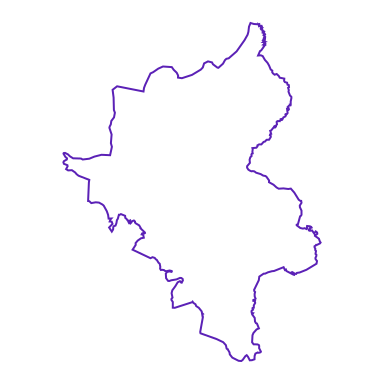 South Tongu, Volta, Ghana
{"feature_id": "2480657B92948775681515", "entity_name": "South Tongu", "entity_type": "district", "adm_level": 2, "iso_a3": "GHA", "parent_name": "Ghana", "parent_adm1": "Volta", "projection": "orthographic", "projection_center": [0.674, 5.965], "detail": "fine", "context": "isolated", "style": "outline", "palette": "violet", "viewbox_px": 384, "rotation_deg": 0, "n_neighbors": 0, "source": "geoboundaries", "source_scale": "gbopen_adm2", "svg_char_len": 5979}
<svg xmlns="http://www.w3.org/2000/svg" viewBox="0 0 384 384"><path d="M232.3,357.6L238.6,360.8L241.3,361.0L242.7,359.9L245.4,356.1L246.7,355.2L248.0,356.8L249.8,360.3L251.9,360.2L254.5,359.3L254.6,356.0L255.4,353.6L257.6,352.5L258.0,352.8L259.7,352.6L260.6,352.2L260.9,351.6L259.1,348.1L259.2,346.0L258.8,345.0L257.5,344.4L253.6,344.3L252.1,342.3L252.5,335.2L253.5,332.9L256.6,329.4L258.9,328.4L257.0,323.6L255.9,323.1L255.0,321.5L254.7,317.9L252.2,314.5L253.1,313.2L251.8,313.0L251.5,311.8L251.6,310.9L253.0,309.7L252.5,308.8L252.6,308.0L253.8,307.7L253.8,305.3L255.2,302.9L254.8,301.8L255.0,301.0L253.3,300.8L253.4,299.9L254.7,299.6L255.6,298.7L254.7,296.5L254.6,294.0L255.1,292.0L254.3,291.1L254.1,289.9L258.8,280.2L259.3,276.6L263.6,273.7L265.2,273.6L268.0,272.3L272.0,271.2L274.0,271.0L283.6,267.2L284.9,270.0L285.9,269.5L286.4,271.0L293.3,274.6L295.0,275.1L293.1,273.4L291.6,272.8L291.6,272.3L292.3,272.1L294.7,273.6L296.2,273.9L296.9,272.9L299.6,272.5L306.4,269.8L316.5,263.7L317.0,261.0L315.6,259.2L315.4,258.0L316.3,256.1L316.4,254.8L315.5,253.9L316.0,251.0L315.2,250.0L315.3,248.6L314.6,247.5L314.5,246.3L315.9,245.4L316.1,244.9L316.9,244.9L320.0,243.4L320.6,242.5L319.9,241.6L318.9,238.7L314.9,235.8L315.0,235.1L316.7,234.4L317.3,233.8L317.1,232.5L315.7,231.4L314.1,233.4L312.0,230.4L309.9,230.8L308.9,230.4L309.0,229.7L309.9,229.2L309.8,228.3L311.6,227.6L311.2,226.9L309.9,226.3L307.1,226.0L306.9,227.2L307.3,228.6L306.6,229.1L304.6,228.2L302.9,228.6L300.3,228.0L296.7,225.3L296.7,224.7L297.9,224.3L300.1,216.3L301.1,215.6L301.5,214.7L301.5,210.6L299.9,207.2L299.8,205.5L301.5,202.8L301.2,201.0L300.7,201.1L298.7,199.7L294.3,192.6L290.8,188.6L288.3,189.0L283.4,188.4L278.7,188.7L276.6,187.5L273.5,184.7L269.0,182.2L269.1,180.5L266.4,176.7L265.4,176.0L263.2,175.6L260.7,174.1L256.1,172.7L254.4,171.4L252.8,171.1L251.5,171.3L250.2,170.8L248.4,169.7L247.1,167.7L247.1,166.2L249.9,162.9L249.6,159.7L250.3,157.3L251.6,156.0L251.4,154.7L251.8,153.7L252.7,153.4L252.4,151.6L252.7,149.4L252.4,148.1L256.4,147.7L257.5,146.3L257.4,145.4L259.1,144.4L261.4,144.4L263.6,141.9L264.9,141.6L266.6,139.8L269.1,139.7L270.8,136.9L270.7,135.8L269.9,135.3L270.1,134.4L271.2,133.9L270.2,130.8L271.1,130.5L273.4,127.7L274.0,127.6L274.1,126.5L274.5,126.2L275.3,127.2L276.0,126.5L276.0,125.5L277.0,124.4L276.6,122.0L277.4,121.1L278.6,121.2L279.3,120.8L279.8,121.1L280.3,120.3L281.1,120.1L280.8,119.1L281.6,118.9L282.4,119.4L283.4,117.4L285.4,116.4L285.9,115.3L285.4,114.5L285.6,114.1L286.8,114.1L287.6,113.0L287.1,109.3L288.5,109.9L288.9,109.4L288.7,108.5L287.7,108.6L288.2,107.5L287.7,107.0L289.0,105.6L290.2,105.4L290.0,104.6L290.7,104.6L290.7,101.5L291.4,98.0L291.3,96.7L290.0,95.5L288.5,91.7L288.8,90.1L288.1,87.8L289.0,87.2L288.8,85.1L287.5,84.7L287.1,82.7L284.9,82.1L284.1,80.9L284.3,78.6L279.7,77.7L278.8,76.0L276.7,74.0L274.6,74.7L272.9,73.3L272.2,72.2L272.3,70.6L270.7,69.5L269.1,65.6L267.5,62.8L264.9,59.9L262.7,56.1L260.8,55.3L258.1,55.5L260.0,51.1L261.2,50.4L264.5,45.7L263.8,45.6L263.9,45.0L264.8,45.3L265.4,44.9L265.3,44.6L263.7,44.5L264.8,43.6L264.2,43.0L265.0,42.8L264.4,42.0L263.3,42.0L263.9,41.5L264.7,41.4L263.2,40.6L263.9,40.1L263.5,39.5L264.2,39.2L264.9,39.4L265.0,38.6L263.9,37.9L264.2,37.4L265.1,37.4L265.2,36.9L263.7,35.4L264.0,35.2L264.5,35.5L265.1,34.4L264.3,33.4L263.5,33.6L263.2,32.9L264.1,32.9L263.6,32.1L264.1,31.5L263.1,30.9L262.6,31.4L262.6,30.2L261.3,29.5L261.8,28.9L261.2,28.5L261.8,28.0L261.1,27.9L261.9,26.5L261.6,25.9L260.5,26.4L260.2,25.8L259.0,26.2L258.7,24.6L259.2,25.0L259.2,24.1L258.4,24.3L253.9,24.0L250.5,23.0L249.0,26.7L248.4,31.8L247.6,34.7L244.5,40.2L236.6,51.4L228.7,58.3L226.4,58.8L225.0,60.1L223.0,63.7L218.4,67.8L217.4,67.6L213.0,64.3L212.0,62.4L208.0,61.4L204.1,63.4L202.8,67.5L200.8,69.6L192.0,74.9L181.9,78.2L178.0,77.6L178.1,75.5L176.7,72.7L173.7,69.8L171.8,67.1L163.0,66.5L158.3,68.6L153.1,72.2L150.5,73.4L145.2,84.8L144.0,88.0L143.5,91.5L117.1,86.3L112.6,89.8L113.6,97.6L113.9,110.0L114.9,112.7L114.0,117.4L111.3,121.0L110.8,124.4L109.7,126.5L109.4,127.8L111.6,134.5L110.9,143.2L111.9,146.8L110.1,155.2L101.5,154.8L94.4,156.6L89.3,158.7L82.7,159.5L81.1,158.6L79.9,158.5L73.1,158.3L69.9,156.3L68.0,154.4L65.0,152.9L63.7,153.1L63.5,153.7L65.4,156.9L67.0,158.3L66.8,159.5L64.0,161.1L63.4,162.2L63.9,163.8L67.4,165.2L67.6,166.3L66.1,169.1L68.1,170.4L71.9,170.2L75.2,172.5L76.5,174.1L78.5,175.7L89.3,179.9L88.9,182.3L88.1,201.0L89.3,201.2L91.3,203.1L95.7,202.3L99.0,202.6L102.4,204.5L103.7,205.6L106.8,211.2L108.1,214.9L108.6,218.6L111.3,218.5L110.5,219.4L109.7,221.5L111.7,221.7L112.5,223.9L109.1,227.5L111.8,231.6L113.1,229.5L113.3,226.9L113.7,226.2L115.5,225.6L116.4,223.2L116.9,220.2L117.8,218.8L118.9,214.8L119.5,214.9L120.9,214.1L125.1,215.8L125.3,217.9L126.7,219.1L127.6,220.5L128.1,221.0L128.8,220.6L129.3,220.9L129.9,220.6L129.8,221.4L128.6,222.2L129.1,223.2L129.8,223.0L130.3,223.5L131.5,222.3L131.5,221.4L133.9,220.5L135.0,221.5L135.0,222.5L135.7,223.3L139.2,225.4L140.8,228.2L140.6,228.4L144.9,232.5L145.0,233.0L144.5,233.4L143.5,232.9L142.1,233.5L141.7,234.4L142.7,234.6L143.3,235.3L143.8,237.7L141.0,238.3L137.7,240.6L135.6,243.1L135.7,244.9L132.6,249.7L150.5,258.2L152.5,257.2L154.7,257.9L155.8,259.3L156.8,259.9L158.5,262.7L159.7,263.7L160.3,266.8L160.1,268.7L160.9,270.0L162.2,269.8L164.0,270.1L165.0,270.9L166.3,271.2L169.6,270.5L171.7,271.0L171.8,271.6L171.4,271.9L169.6,271.4L167.1,271.9L165.8,273.6L166.1,278.2L168.1,280.9L169.3,281.0L171.2,280.3L176.5,279.4L180.0,277.9L181.3,278.0L182.6,278.9L182.9,280.4L181.7,282.7L181.0,282.5L180.5,281.4L179.9,281.2L177.7,282.3L175.2,286.4L172.3,290.3L171.6,293.2L172.5,297.6L171.5,298.8L171.4,299.8L172.8,302.0L172.8,307.7L174.8,307.8L192.2,302.2L192.6,301.7L193.3,302.8L195.5,304.3L196.2,306.1L198.8,307.8L201.7,311.4L202.1,313.8L202.3,313.3L202.9,313.9L202.3,314.2L202.9,317.0L200.2,332.0L200.5,333.3L216.7,339.1L223.2,342.2L225.9,345.2L226.6,348.5L227.6,349.4L227.7,348.6L228.0,349.8L229.5,352.4L229.8,354.4L232.3,357.6Z" fill="none" stroke="#5b21b6" stroke-width="2"/></svg>